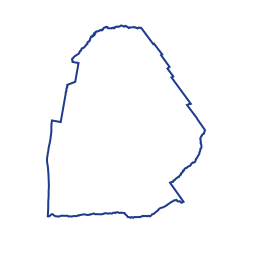 Coronel Dorrego, Buenos Aires, Argentina (Equal Earth projection), rotated 100°
{"feature_id": "61730980B45625196067006", "entity_name": "Coronel Dorrego", "entity_type": "district", "adm_level": 2, "iso_a3": "ARG", "parent_name": "Argentina", "parent_adm1": "Buenos Aires", "projection": "equal_earth", "projection_center": [-60.836, -38.64], "detail": "fine", "context": "isolated", "style": "outline", "palette": "blue", "viewbox_px": 256, "rotation_deg": 100, "n_neighbors": 0, "source": "geoboundaries", "source_scale": "gbopen_adm2", "svg_char_len": 5657}
<svg xmlns="http://www.w3.org/2000/svg" viewBox="0 0 256 256"><g transform="rotate(100 128 128)"><path d="M191.0,60.5L174.6,77.1L174.3,76.7L173.8,76.1L173.6,75.4L173.2,74.9L173.2,74.5L173.1,74.2L171.8,74.1L171.4,73.2L171.0,72.8L170.5,72.7L169.2,71.6L168.9,71.5L168.3,70.7L167.7,70.4L167.2,69.2L166.1,69.0L165.7,68.7L165.3,68.5L165.1,68.1L164.5,67.7L163.6,68.0L162.6,67.1L162.2,66.6L161.4,66.6L160.8,66.0L160.3,66.3L159.8,65.5L158.8,65.3L157.9,64.8L157.4,63.8L157.1,63.8L156.5,62.8L156.1,62.6L154.7,61.1L154.6,60.5L153.9,59.9L152.2,59.5L151.7,59.1L151.2,58.2L150.7,58.1L150.6,57.4L150.0,56.3L149.4,56.0L147.7,55.7L147.6,55.8L146.7,55.7L146.5,55.3L145.8,55.1L144.4,54.5L143.8,54.5L143.3,54.1L142.6,53.9L141.3,53.3L140.6,53.2L140.1,53.4L139.6,53.5L138.6,53.1L137.3,52.9L135.8,53.1L135.3,52.4L133.7,52.4L132.4,52.7L131.5,53.0L130.6,53.8L129.8,53.6L129.6,53.6L129.3,53.7L129.1,54.0L127.8,54.4L126.9,54.4L126.3,54.9L125.6,55.0L125.1,54.8L124.6,54.8L124.4,54.6L123.5,54.4L122.9,54.2L122.6,53.8L121.7,53.8L120.2,52.1L119.5,52.3L118.1,52.0L117.3,51.8L116.6,51.9L107.3,61.2L106.3,61.9L95.1,73.9L93.8,72.0L93.6,70.7L93.3,70.3L70.7,93.9L70.6,93.6L70.0,92.8L69.4,92.3L64.9,97.1L62.6,99.5L60.6,97.7L50.5,108.1L49.6,107.1L40.4,117.1L41.0,117.7L27.1,132.4L27.3,133.2L27.2,133.8L27.3,134.0L27.1,134.4L27.3,134.9L28.3,135.8L28.2,136.3L27.8,136.7L28.0,137.1L28.0,137.5L27.8,137.9L27.6,138.8L27.5,139.3L27.9,139.8L27.8,140.3L27.8,140.6L28.3,141.7L28.4,142.8L28.8,143.6L29.2,144.1L29.4,144.4L29.4,144.6L29.2,144.7L29.3,144.8L29.1,145.0L28.9,145.6L28.6,145.8L28.5,146.5L27.8,147.9L27.8,148.1L28.0,148.2L28.1,148.6L28.5,148.6L28.6,148.8L28.9,149.7L28.7,150.3L28.3,151.2L28.3,152.4L28.5,153.0L28.8,153.1L29.2,153.5L29.7,154.4L29.7,154.6L30.0,154.8L30.0,155.3L30.0,155.8L30.1,156.1L30.0,156.4L30.3,156.7L30.3,156.9L30.8,158.1L30.9,158.3L31.8,158.5L32.0,158.6L32.2,159.1L32.3,159.3L31.8,159.8L31.8,160.0L32.2,161.1L32.7,161.3L32.8,161.5L32.8,162.7L33.2,164.4L33.3,164.6L33.3,164.8L32.9,165.5L32.1,165.8L32.1,166.4L32.1,167.0L32.5,167.4L32.8,167.5L33.0,167.9L33.0,168.5L33.5,169.2L33.9,169.3L34.3,169.6L35.2,169.6L35.4,169.9L35.4,170.2L35.6,170.7L35.9,170.9L36.4,170.7L36.5,170.8L36.5,171.2L36.3,172.3L36.4,172.5L36.9,173.1L37.5,173.4L37.9,174.1L38.0,174.7L38.2,174.9L38.4,175.4L38.3,175.5L38.3,175.8L38.6,176.1L39.2,176.7L40.1,176.5L40.4,176.8L40.4,177.7L41.2,177.9L41.3,177.4L41.6,177.0L41.9,177.0L42.8,177.5L43.0,178.1L43.3,178.2L43.2,178.8L43.6,178.7L44.0,178.9L44.0,179.1L44.5,179.3L44.5,179.5L44.3,180.0L44.5,180.3L45.4,180.5L46.5,180.6L46.8,180.8L47.1,180.7L47.6,180.9L48.5,180.8L48.7,181.0L49.0,181.0L49.2,181.3L49.6,181.4L49.6,181.6L49.7,181.9L49.8,182.0L50.4,182.5L50.9,182.8L51.4,182.8L52.1,182.5L52.8,183.3L53.6,183.5L54.0,184.1L54.9,184.3L56.2,185.2L56.3,185.4L56.9,185.8L57.6,187.3L58.1,187.5L58.8,187.4L59.0,187.6L59.6,187.9L60.0,187.8L61.0,188.8L61.7,189.1L62.4,188.9L62.7,189.0L64.1,190.0L64.4,190.7L66.0,192.2L66.7,193.1L67.9,193.9L68.3,193.9L68.7,194.1L69.2,194.8L69.5,195.0L70.6,194.9L71.1,194.3L71.8,194.2L72.3,194.3L72.6,194.1L72.6,188.0L91.7,188.0L96.0,195.2L96.5,194.9L96.9,195.2L97.7,195.0L98.1,195.3L98.7,194.9L99.1,195.2L99.8,195.4L100.5,195.3L101.5,195.3L102.2,195.0L102.6,195.3L103.6,195.6L104.1,195.3L133.8,195.3L133.8,204.2L135.5,204.1L136.7,204.1L140.0,203.7L141.1,203.5L145.2,202.8L147.6,202.7L153.8,202.4L161.4,202.7L165.2,202.5L166.7,202.6L168.7,202.5L171.0,202.5L172.5,202.4L176.0,201.7L177.3,201.2L179.1,200.5L183.0,199.4L184.9,199.0L186.1,198.6L191.9,197.3L199.1,195.8L204.0,195.2L209.0,194.3L214.7,193.7L221.2,192.6L223.8,192.3L226.9,191.9L228.9,191.7L228.9,191.0L228.6,190.1L226.5,188.6L226.1,187.9L226.0,187.3L226.1,187.1L227.0,185.5L227.5,184.1L227.3,183.0L227.4,181.5L227.4,181.1L226.9,180.5L226.7,179.7L226.0,178.5L226.0,178.0L225.7,177.3L225.6,176.6L225.7,175.9L225.5,175.3L225.3,173.9L225.0,173.3L224.9,172.7L225.0,172.2L225.5,171.3L225.2,170.3L225.0,170.1L225.0,168.0L224.2,166.4L223.9,165.2L223.9,163.8L223.4,163.1L223.3,162.6L222.7,162.0L222.8,161.2L222.7,161.0L222.1,160.4L221.9,159.9L221.7,159.1L221.1,157.7L221.0,157.2L220.7,156.6L220.7,154.8L220.5,153.9L220.8,152.9L220.8,152.6L220.3,151.4L219.6,150.4L219.8,150.0L219.7,149.7L219.2,149.1L218.7,148.0L218.1,146.9L218.2,146.2L218.6,145.7L218.6,145.3L218.3,144.2L218.3,143.8L218.1,142.7L218.1,142.2L217.8,141.0L217.7,140.4L217.8,139.7L217.7,139.3L217.1,138.2L216.9,137.4L216.4,136.8L216.0,136.4L216.1,135.7L215.8,135.0L215.7,134.2L215.8,132.6L215.5,132.1L215.3,131.3L215.0,130.6L215.2,129.6L215.0,129.0L214.8,128.5L214.0,127.8L213.8,127.1L213.9,126.5L213.9,125.6L213.2,125.1L213.2,124.6L212.8,124.1L212.7,123.6L212.8,122.8L213.1,122.4L213.2,122.0L212.8,120.4L212.7,120.0L212.5,119.9L212.7,119.2L212.4,118.1L212.4,116.5L213.0,116.4L214.4,114.0L215.7,112.8L215.6,112.0L215.7,111.7L215.7,111.0L215.7,110.7L215.6,110.4L215.9,110.0L215.5,109.7L215.1,108.8L215.2,108.3L215.5,107.6L215.5,107.3L215.2,106.9L214.6,106.4L214.5,106.1L214.4,105.3L214.5,104.8L214.1,103.5L214.1,103.0L213.6,101.9L213.8,101.1L213.7,100.8L213.4,100.3L213.3,100.0L212.5,99.0L212.2,98.5L212.3,98.0L211.9,97.7L211.9,96.5L211.6,96.0L211.7,95.5L211.5,94.6L211.6,93.6L211.0,93.0L210.9,92.6L211.0,92.0L211.3,91.5L211.3,91.3L210.4,90.2L209.8,89.8L208.9,89.3L208.2,88.0L207.8,87.5L206.0,86.1L205.3,85.4L204.3,84.6L203.8,84.1L202.6,83.6L201.6,82.7L200.5,80.9L200.1,79.7L199.2,78.6L198.4,77.5L197.6,76.9L197.4,76.6L197.3,76.2L195.7,75.0L195.2,74.2L193.9,73.2L193.4,72.5L192.3,71.1L191.4,70.3L191.3,70.0L191.3,69.5L191.2,69.2L190.7,68.6L190.4,68.0L190.4,67.7L191.1,67.2L191.6,66.1L191.7,65.8L191.1,64.2L191.5,63.5L192.2,62.7L192.3,62.4L192.1,61.8L191.7,61.5L191.0,60.5Z" fill="none" stroke="#1e3a8a" stroke-width="2"/></g></svg>